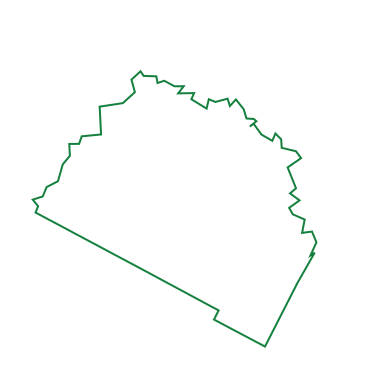 outline of Daviess, Indiana, United States of America, rotated 118°
{"feature_id": "52423323B20266765570331", "entity_name": "Daviess", "entity_type": "district", "adm_level": 2, "iso_a3": "USA", "parent_name": "United States of America", "parent_adm1": "Indiana", "projection": "robinson", "projection_center": [-87.15, 38.698], "detail": "fine", "context": "isolated", "style": "outline", "palette": "green", "viewbox_px": 384, "rotation_deg": 118, "n_neighbors": 0, "source": "geoboundaries", "source_scale": "gbopen_adm2", "svg_char_len": 915}
<svg xmlns="http://www.w3.org/2000/svg" viewBox="0 0 384 384"><g transform="rotate(118 192 192)"><path d="M188.0,55.2L192.4,57.6L178.0,58.5L170.6,67.5L176.4,75.6L163.4,79.6L164.4,92.5L160.4,98.8L148.9,93.1L147.2,104.8L139.9,101.9L125.4,119.1L110.9,111.6L107.2,119.3L110.9,133.5L103.6,138.0L101.2,145.8L109.1,145.1L108.7,157.6L102.8,169.6L107.0,171.7L99.3,168.4L98.5,171.7L101.5,178.4L94.6,185.3L89.7,196.7L98.3,198.9L92.9,204.4L101.5,213.6L102.2,220.7L111.5,218.3L110.4,236.1L103.7,236.6L111.4,250.5L102.5,249.0L106.9,257.1L106.8,268.7L111.9,273.6L106.6,277.8L112.2,289.2L109.6,294.1L121.2,298.2L130.7,289.3L146.0,294.8L160.0,313.6L183.9,299.3L194.6,315.5L202.5,314.3L207.2,322.9L217.4,316.8L228.2,319.1L245.4,315.4L255.9,322.7L266.0,321.7L273.5,329.0L276.8,321.2L283.6,320.5L283.7,200.0L284.1,112.9L294.3,112.7L294.3,91.4L294.2,55.0L222.6,56.2L188.0,55.2Z" fill="none" stroke="#15803d" stroke-width="2"/></g></svg>